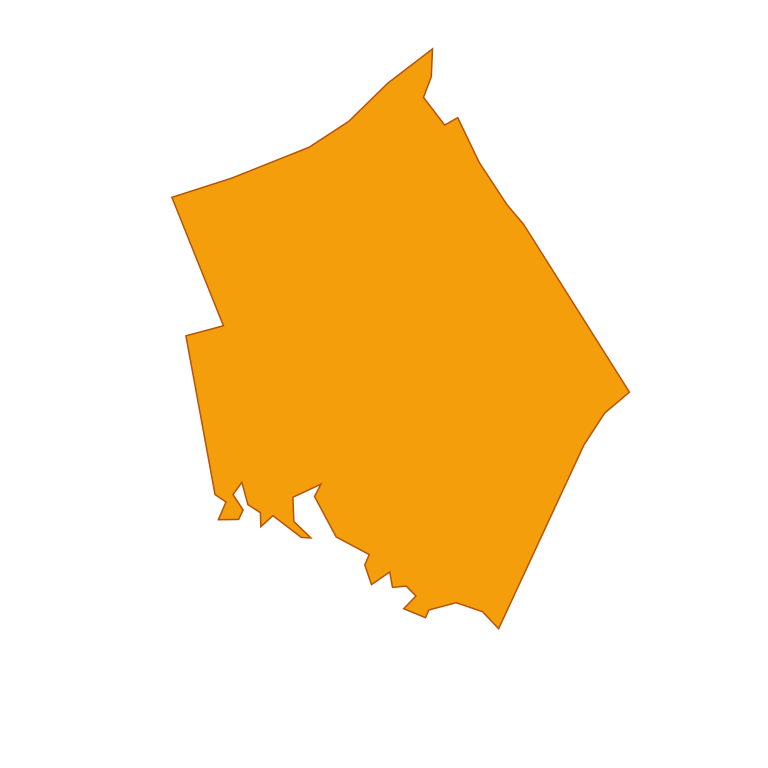 the district of Barren, Kentucky, United States of America, rotated 331°
{"feature_id": "52423323B4695420785133", "entity_name": "Barren", "entity_type": "district", "adm_level": 2, "iso_a3": "USA", "parent_name": "United States of America", "parent_adm1": "Kentucky", "projection": "orthographic", "projection_center": [-86.003, 36.946], "detail": "fine", "context": "isolated", "style": "filled", "palette": "amber", "viewbox_px": 768, "rotation_deg": 331, "n_neighbors": 0, "source": "geoboundaries", "source_scale": "gbopen_adm2", "svg_char_len": 783}
<svg xmlns="http://www.w3.org/2000/svg" viewBox="0 0 768 768"><g transform="rotate(331 384 384)"><path d="M234.1,245.8L206.9,326.7L182.6,398.8L188.6,410.6L173.3,422.4L191.2,432.0L199.7,425.9L198.3,407.5L212.0,401.1L206.5,423.5L213.5,436.6L207.1,449.1L223.0,445.3L237.3,478.1L245.4,483.2L238.5,460.5L249.4,438.9L280.3,441.0L268.7,448.7L268.0,494.5L288.4,526.1L279.5,532.9L275.8,553.4L297.9,551.2L292.8,566.0L305.4,571.5L309.2,584.9L292.3,590.1L307.0,608.5L313.6,603.4L341.0,610.2L359.8,630.9L365.6,653.6L529.4,534.2L562.9,516.4L594.7,510.1L583.5,312.0L578.5,286.8L574.7,236.5L577.6,186.8L562.6,186.9L557.5,152.5L574.4,138.1L588.9,114.4L533.2,122.7L480.5,137.2L433.2,140.6L350.7,130.1L289.0,117.9L271.8,255.2L234.1,245.8Z" fill="#f59e0b" stroke="#b45309" stroke-width="1.5"/></g></svg>